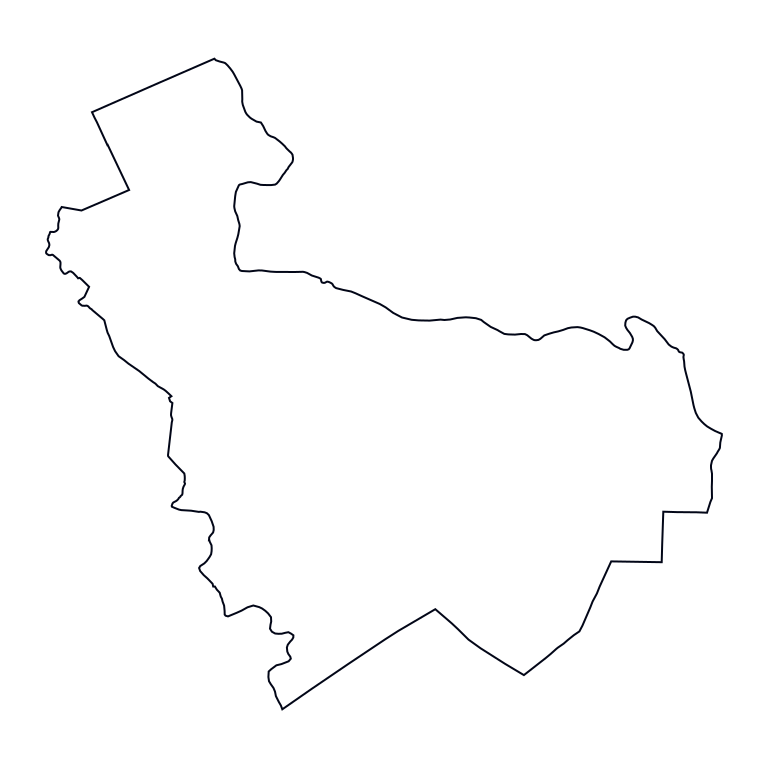 Cocorastii Colt, Prahova, Romania (Robinson projection)
{"feature_id": "2599482B14880715488438", "entity_name": "Cocorastii Colt", "entity_type": "district", "adm_level": 2, "iso_a3": "ROU", "parent_name": "Romania", "parent_adm1": "Prahova", "projection": "robinson", "projection_center": [25.886, 44.846], "detail": "fine", "context": "isolated", "style": "outline", "palette": "ink", "viewbox_px": 768, "rotation_deg": 0, "n_neighbors": 0, "source": "geoboundaries", "source_scale": "gbopen_adm2", "svg_char_len": 6022}
<svg xmlns="http://www.w3.org/2000/svg" viewBox="0 0 768 768"><path d="M282.3,709.3L311.5,689.0L348.4,663.9L385.2,639.3L398.3,630.9L435.3,609.2L451.8,623.4L458.0,629.2L468.5,639.6L480.6,648.3L505.0,663.8L523.9,675.1L545.9,657.9L550.6,654.0L556.3,648.9L557.9,647.6L563.7,643.6L567.7,640.1L573.8,635.2L579.4,631.4L582.5,625.5L590.3,607.4L592.6,601.5L596.9,593.5L599.6,586.7L611.2,561.4L661.7,562.2L662.2,543.9L663.3,511.7L676.5,512.1L697.0,512.3L707.0,512.7L710.4,501.9L712.0,498.2L711.8,486.7L712.0,480.9L712.0,473.7L711.4,470.0L711.1,469.0L711.0,466.9L711.0,465.3L712.0,460.8L713.3,458.5L716.9,453.3L717.8,451.6L719.2,449.4L719.9,447.9L720.3,442.5L721.0,439.3L721.9,435.4L721.8,433.9L715.3,431.1L710.9,428.7L707.1,426.4L704.3,424.1L701.6,421.5L698.3,417.7L695.8,412.9L694.3,408.2L693.5,405.1L690.8,391.7L685.9,373.0L685.2,370.2L684.5,366.6L684.1,361.3L683.6,358.6L683.6,358.0L683.4,357.1L683.8,354.9L683.6,354.2L682.8,353.2L682.1,352.6L680.7,352.4L679.6,352.1L679.0,351.7L678.6,351.1L678.1,349.9L677.2,349.0L676.1,348.3L673.6,347.6L671.4,346.6L668.7,344.5L664.7,339.2L657.2,331.1L655.2,327.7L653.8,326.1L651.9,324.8L649.1,323.1L641.6,319.5L638.1,317.4L635.3,316.7L632.9,316.7L630.0,317.7L627.5,318.8L626.1,320.3L625.4,322.7L625.2,325.6L626.1,327.8L627.4,329.9L629.9,333.0L632.2,336.9L632.9,338.9L632.9,340.5L632.4,342.4L629.5,348.4L628.7,349.3L627.3,349.8L623.7,349.8L620.3,348.8L619.2,348.1L616.3,346.8L614.5,345.8L612.6,344.1L609.9,341.4L604.6,337.3L598.6,334.0L593.7,331.7L589.9,330.3L582.9,328.1L580.4,327.5L577.5,327.1L571.3,327.5L567.8,328.2L563.2,329.9L558.2,331.4L553.7,332.4L549.3,333.7L544.3,335.4L540.4,338.8L538.5,339.9L536.4,340.2L534.9,340.2L533.7,339.9L531.5,338.7L527.2,335.2L525.0,334.1L521.0,334.0L515.0,334.6L508.3,334.4L504.3,333.9L499.2,331.1L497.6,330.1L490.7,326.9L483.7,322.0L481.2,319.9L475.9,318.2L469.3,317.5L465.7,317.3L457.4,317.9L450.2,319.5L444.4,320.0L440.6,319.6L429.7,320.6L418.8,320.4L411.7,319.8L402.0,317.5L393.2,312.9L385.7,307.4L379.8,304.0L362.2,296.3L355.6,293.3L351.1,291.5L343.1,289.9L336.1,288.1L334.4,287.0L333.5,286.0L332.5,284.2L331.7,283.4L329.8,282.4L328.6,281.9L327.1,281.6L324.8,282.8L323.7,282.9L322.2,282.6L321.6,282.0L321.2,280.9L320.9,279.1L320.4,278.6L318.7,277.7L311.8,275.5L307.1,272.9L304.6,272.1L303.0,271.8L294.7,272.0L275.3,271.9L270.4,271.6L262.1,270.5L258.5,270.4L249.4,271.4L241.9,271.0L240.2,270.5L238.9,269.0L237.9,266.3L236.1,263.8L235.3,261.5L235.2,259.3L234.6,257.0L234.2,253.3L235.0,245.9L235.7,243.1L237.4,237.8L238.3,234.3L239.7,226.1L239.4,224.0L238.2,220.1L237.3,216.0L235.2,211.4L234.4,208.0L234.2,206.2L235.2,196.1L235.9,191.9L238.9,185.2L239.9,184.5L242.2,184.0L247.9,182.3L250.8,182.1L257.1,183.7L260.4,184.8L263.6,185.0L270.9,185.1L275.1,184.6L276.7,183.6L278.8,181.2L279.8,179.8L282.9,174.9L284.7,172.8L286.4,170.2L287.8,168.8L288.1,168.0L288.7,166.9L292.1,162.5L292.5,161.8L292.8,160.5L293.0,159.4L293.0,158.0L292.5,154.7L291.7,153.5L290.7,152.3L290.1,151.9L287.2,149.1L286.0,147.8L285.0,146.4L282.2,143.7L279.7,141.5L275.0,137.9L273.4,137.2L270.7,136.3L268.3,134.9L267.2,133.7L265.5,131.0L263.2,126.1L260.9,122.5L256.5,121.6L251.5,118.7L249.9,117.5L247.2,114.8L246.3,113.6L245.3,111.8L242.8,104.9L242.4,102.8L242.2,101.5L242.3,99.1L242.1,90.3L241.6,88.7L240.3,85.9L234.1,74.2L232.7,71.8L230.4,68.7L227.6,65.4L225.3,63.2L223.9,62.6L219.6,61.5L215.8,60.2L214.4,58.7L160.4,82.2L92.0,112.2L94.5,117.6L96.9,122.2L107.4,145.1L107.7,144.9L129.1,190.0L81.5,210.5L61.7,207.0L61.3,207.8L59.6,210.2L58.5,212.2L58.0,215.6L59.0,218.0L59.3,219.1L59.2,219.9L58.3,223.6L58.2,225.9L58.3,227.3L58.2,228.5L58.0,229.1L57.3,230.1L56.1,231.1L54.9,231.7L53.9,232.0L51.2,231.9L50.4,231.9L50.1,232.1L49.6,234.0L48.5,236.1L48.4,237.4L47.7,239.2L47.9,240.6L49.1,243.2L49.4,245.0L48.8,247.2L46.3,251.0L46.1,251.8L46.1,252.8L46.3,253.4L47.1,254.1L48.7,255.1L50.3,255.2L52.1,254.7L53.0,255.0L59.7,260.7L60.4,262.0L60.5,262.6L60.5,264.1L60.3,266.5L60.3,267.7L60.5,268.5L61.4,270.4L63.7,273.4L64.5,273.8L65.4,273.8L66.6,273.3L68.7,271.8L69.4,271.5L70.9,271.4L71.3,271.6L73.2,272.9L77.0,276.9L78.1,278.3L79.5,277.9L79.9,278.0L82.2,280.0L89.1,286.8L84.4,296.9L82.2,298.5L79.4,300.3L78.8,301.2L78.5,301.4L78.6,302.3L78.9,303.1L81.6,305.4L82.4,305.7L84.8,305.8L86.8,305.6L88.2,306.3L89.9,308.2L91.8,309.4L92.2,310.0L102.9,319.0L104.3,320.3L106.8,330.0L107.6,332.7L109.2,336.0L113.1,347.0L115.1,351.2L118.6,356.2L124.1,360.1L128.4,363.6L139.3,371.1L148.3,378.5L152.8,381.9L155.4,383.6L157.9,386.2L163.7,389.4L165.7,390.9L168.7,393.6L171.4,396.2L169.0,397.9L170.1,401.3L172.4,403.0L171.1,413.2L171.0,415.1L171.4,416.7L172.3,419.1L172.3,420.3L171.8,422.3L168.0,455.2L168.2,456.3L175.4,464.4L184.3,473.5L184.7,475.9L184.8,478.1L184.7,480.5L184.3,482.0L185.0,483.5L184.8,484.4L183.6,486.5L182.8,488.9L182.6,490.6L182.5,493.3L182.2,494.7L180.6,496.1L180.4,496.6L179.9,497.2L179.0,497.8L178.2,499.2L177.0,500.4L176.0,501.1L173.3,502.5L172.5,503.5L171.7,505.9L171.9,506.7L174.6,507.9L179.0,509.6L181.3,510.1L191.1,510.7L198.9,511.9L200.4,511.7L204.6,512.3L206.9,513.2L208.9,515.1L211.7,521.2L213.6,526.8L213.7,530.0L213.1,532.5L210.6,535.4L209.2,537.4L209.0,539.8L209.2,539.7L209.7,541.6L211.5,545.3L211.7,548.2L211.6,551.1L211.1,554.3L209.5,557.1L206.7,561.0L204.3,563.4L200.3,566.0L199.1,568.0L200.2,571.1L203.8,575.2L207.4,578.4L212.6,583.8L213.2,586.5L214.9,586.5L216.8,589.6L219.7,592.7L220.8,596.7L221.3,597.5L222.2,599.3L222.0,599.1L222.6,601.6L224.1,605.6L224.6,610.9L224.7,614.6L225.6,615.7L228.0,616.4L236.7,612.8L241.6,610.6L247.5,607.3L253.3,605.5L259.2,607.1L262.1,608.5L265.3,610.8L268.1,613.4L271.0,617.2L271.2,621.5L270.5,624.7L270.0,628.7L271.9,631.7L275.1,633.5L278.4,633.8L281.8,633.7L285.3,632.8L288.4,632.2L291.0,633.6L293.4,635.3L293.3,637.5L292.1,639.6L290.2,641.6L287.8,644.7L286.9,647.5L287.3,651.6L288.4,654.1L290.3,656.7L290.8,658.7L288.6,661.3L281.4,664.1L276.4,665.3L271.2,669.2L268.7,671.5L268.4,677.0L269.0,681.2L270.8,684.2L273.5,688.0L275.0,691.6L275.9,696.1L278.8,701.9L280.9,705.5L282.3,709.3Z" fill="none" stroke="#020617" stroke-width="2"/></svg>